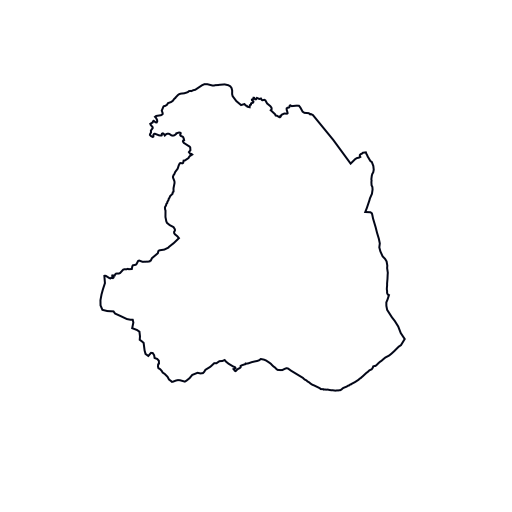 Siguiri, Siguiri, Guinea (Mercator projection), rotated 311°
{"feature_id": "49546643B83328532988272", "entity_name": "Siguiri", "entity_type": "district", "adm_level": 2, "iso_a3": "GIN", "parent_name": "Guinea", "parent_adm1": "Siguiri", "projection": "mercator", "projection_center": [-9.454, 11.68], "detail": "fine", "context": "isolated", "style": "outline", "palette": "ink", "viewbox_px": 512, "rotation_deg": 311, "n_neighbors": 0, "source": "geoboundaries", "source_scale": "gbopen_adm2", "svg_char_len": 6107}
<svg xmlns="http://www.w3.org/2000/svg" viewBox="0 0 512 512"><g transform="rotate(311 256 256)"><path d="M157.6,311.1L158.3,313.1L158.0,314.0L156.9,313.8L155.9,313.3L155.8,314.2L155.5,315.1L155.6,316.0L156.0,316.2L158.1,316.3L159.2,316.6L159.8,316.9L161.0,317.3L161.9,317.4L163.0,316.5L164.2,317.0L166.6,318.4L167.3,318.9L168.0,318.7L168.2,319.2L169.9,320.6L173.2,322.5L175.7,324.3L177.6,325.8L179.4,326.8L181.4,327.2L183.0,330.0L183.7,332.0L184.2,335.6L184.4,337.9L184.2,339.6L184.1,341.5L184.3,343.5L184.1,345.5L184.2,347.0L186.0,349.4L187.2,350.7L189.4,351.6L190.4,352.1L191.4,352.7L192.1,354.0L192.4,357.5L194.8,371.4L194.7,372.4L194.7,373.8L195.2,375.7L195.1,377.1L195.5,379.0L195.5,380.8L195.8,383.0L196.4,384.6L197.8,389.8L198.1,391.1L198.0,392.1L199.7,394.3L199.6,394.7L200.6,395.7L201.0,396.5L202.2,397.7L203.3,399.7L204.3,401.2L204.9,401.8L206.5,404.3L207.7,405.3L208.4,406.2L209.4,407.0L210.1,407.7L211.5,408.1L213.2,408.3L214.4,408.8L216.9,410.1L218.6,410.6L219.4,411.2L220.0,411.2L221.2,411.6L221.6,412.0L222.4,412.1L225.7,413.4L229.9,414.6L231.3,414.7L232.9,415.2L233.9,415.2L234.6,415.4L240.2,416.0L241.9,416.4L244.1,416.6L246.3,417.6L247.0,417.6L248.4,417.4L249.6,416.9L250.9,417.7L251.4,418.3L253.5,418.6L255.4,418.7L257.6,419.0L258.5,419.3L260.0,419.6L261.1,419.7L264.2,420.2L268.0,421.7L268.9,421.9L271.1,422.3L275.4,422.8L276.0,422.8L280.1,423.1L281.3,423.2L283.8,423.9L290.9,422.7L292.8,415.8L296.1,409.6L298.0,403.4L298.9,398.8L301.4,390.3L303.9,387.1L306.5,384.8L309.5,383.8L313.7,382.0L313.4,381.0L313.5,380.6L313.8,379.7L314.4,378.9L315.5,378.0L316.5,376.8L317.4,376.0L320.0,374.1L321.2,373.0L324.9,370.3L328.3,367.6L329.8,366.5L332.9,362.9L334.9,361.4L337.6,358.1L338.5,355.3L338.8,351.8L341.1,346.8L343.4,343.4L346.7,341.2L349.6,337.4L353.0,332.0L356.2,327.4L361.1,319.7L363.1,317.1L364.2,315.5L364.1,313.7L360.9,309.6L365.1,308.1L372.6,305.0L374.2,304.2L379.0,302.7L382.6,300.4L384.4,298.6L385.2,296.8L387.6,294.5L388.7,293.8L389.6,292.7L392.6,290.7L394.3,289.9L396.0,289.6L398.3,288.3L400.9,285.5L402.9,281.8L402.7,280.2L403.2,278.5L403.8,276.8L404.3,275.1L405.0,273.8L405.5,272.3L406.3,270.9L404.0,268.9L402.7,268.8L401.6,268.2L400.4,268.1L399.5,268.8L399.2,269.7L397.8,269.2L396.1,267.9L394.3,267.3L387.8,266.8L394.3,238.1L399.7,206.5L399.1,204.2L398.4,204.0L398.4,202.1L395.8,198.6L395.5,196.5L397.1,192.2L397.6,189.9L396.2,188.1L392.5,184.6L392.2,183.0L391.6,182.8L390.3,183.5L389.5,183.4L388.6,182.5L387.5,182.3L386.4,183.3L385.0,185.6L384.4,186.2L383.7,186.0L382.1,183.9L379.5,182.7L377.3,183.1L377.4,182.5L376.1,182.5L375.6,179.8L374.9,178.7L375.5,177.3L375.7,171.5L376.7,171.6L377.3,171.3L378.1,170.3L378.5,168.5L378.4,164.3L379.6,161.0L379.4,159.9L377.7,158.6L377.6,157.9L378.1,156.4L376.7,155.5L375.9,153.0L374.3,153.2L373.8,152.7L373.7,152.0L374.2,150.9L373.8,150.3L372.6,150.9L371.4,150.3L370.9,150.9L371.0,152.6L370.5,153.0L369.6,153.1L368.2,152.2L367.7,152.3L367.0,152.9L365.8,152.4L364.1,153.6L363.0,151.5L363.3,150.5L362.8,149.5L363.1,147.6L360.1,145.7L360.0,139.5L361.3,133.5L362.5,131.8L365.2,129.5L366.7,127.4L367.2,125.3L366.7,123.0L364.9,119.7L361.0,115.9L360.3,115.4L358.3,113.3L357.0,112.4L356.1,111.3L353.7,106.5L351.9,104.4L349.6,103.3L341.6,101.1L340.0,99.9L338.0,99.0L337.4,98.0L336.3,97.2L335.2,97.1L333.8,96.4L331.6,95.0L329.4,92.9L327.9,91.9L326.4,91.5L322.5,91.3L322.2,91.5L321.1,91.2L318.5,91.4L316.5,90.9L313.6,89.3L311.7,89.6L309.7,89.0L308.9,88.3L308.1,88.1L303.9,89.5L302.6,91.8L301.9,92.4L301.0,92.3L299.9,91.9L296.2,88.8L294.8,88.5L294.6,90.1L293.7,92.2L292.7,93.2L291.6,93.4L291.0,92.5L290.9,90.1L290.0,89.9L289.0,90.4L286.4,89.5L285.9,90.4L285.4,93.5L284.8,94.1L281.7,94.4L280.4,95.7L278.5,96.1L277.8,96.5L277.6,98.1L278.1,100.0L278.8,100.2L280.3,99.0L281.3,99.0L281.9,99.4L283.5,103.8L284.8,105.5L285.2,105.7L286.5,104.8L287.2,105.0L287.6,105.6L287.6,106.6L287.1,108.1L289.2,108.3L290.6,109.3L291.3,110.6L291.5,112.7L291.9,113.8L293.0,114.9L293.9,115.3L295.8,115.7L296.3,115.4L298.7,116.9L299.2,117.6L299.4,118.4L298.9,118.9L297.8,119.2L297.4,119.7L297.3,120.5L297.9,122.3L297.9,123.1L297.0,124.8L296.2,125.8L295.4,125.3L294.7,125.5L294.3,126.2L294.0,127.4L295.0,134.3L294.8,135.1L292.8,137.1L290.4,137.2L289.9,139.4L290.7,140.3L290.7,141.3L288.0,140.5L286.9,140.5L285.6,140.8L281.3,139.6L280.5,138.8L278.5,139.9L277.7,139.7L276.5,137.9L275.8,137.7L273.8,138.2L270.5,139.6L266.4,139.9L264.0,140.7L262.9,140.7L261.2,141.4L260.7,142.0L258.9,145.4L257.7,146.6L253.0,149.3L250.5,151.5L249.4,151.4L248.2,152.2L244.9,151.9L243.2,152.5L241.9,152.6L241.0,153.2L238.7,153.6L237.8,154.2L236.4,154.2L235.0,155.0L233.7,155.1L232.7,155.6L231.4,157.0L230.9,157.9L226.0,162.1L223.3,165.6L222.6,167.1L222.7,170.6L223.7,174.8L222.9,177.3L222.0,178.1L220.4,178.4L219.6,179.2L219.2,180.5L219.3,183.7L218.9,186.1L212.1,185.5L205.7,184.3L204.9,184.4L200.7,182.6L196.8,179.3L195.6,179.1L193.7,180.1L186.1,178.9L183.5,179.6L182.8,179.2L182.2,179.3L181.0,178.3L177.2,174.2L175.9,170.8L174.9,170.3L171.5,171.1L170.5,171.0L168.2,169.2L167.1,169.4L164.7,170.8L162.6,168.7L162.2,167.7L160.8,166.8L159.7,165.4L158.5,164.7L154.0,164.6L152.8,164.0L151.0,162.0L149.8,161.8L148.3,162.2L147.5,160.7L147.0,160.3L146.5,160.7L146.2,162.6L145.4,162.5L144.4,161.0L143.5,160.8L143.1,159.7L142.5,155.8L142.0,154.9L141.5,154.6L136.4,159.8L130.5,162.3L125.7,164.6L120.6,167.6L116.7,171.1L114.6,175.4L116.9,179.9L120.7,184.8L120.1,187.4L121.8,193.1L123.7,199.9L125.5,203.0L127.0,204.8L125.3,207.1L120.3,209.9L122.1,214.8L122.4,217.7L119.2,221.2L116.5,223.2L116.7,225.8L116.7,228.2L111.6,233.9L109.6,236.9L109.9,240.3L114.0,240.3L115.0,241.7L114.3,244.2L112.5,246.4L113.5,249.0L113.2,251.4L111.1,253.4L110.1,253.2L108.2,254.6L107.3,256.0L107.7,257.9L107.4,260.3L106.8,262.0L107.1,264.5L106.8,268.5L105.7,271.4L105.9,274.0L105.8,275.0L106.5,275.7L109.5,277.3L111.0,278.4L112.3,280.0L114.5,284.7L116.3,285.3L120.2,286.0L124.4,285.9L129.5,288.5L130.9,291.1L132.8,292.8L134.6,292.9L136.9,292.5L138.9,293.1L141.7,294.0L143.0,294.3L147.7,294.8L149.1,296.5L152.6,297.4L154.7,299.5L156.9,300.6L156.6,302.6L156.7,305.9L157.6,311.1Z" fill="none" stroke="#020617" stroke-width="2"/></g></svg>